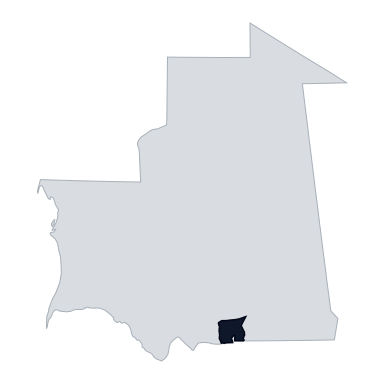 Koubenni, Hodh el Gharbi, Mauritania (highlighted)
{"feature_id": "47542326B43555481021158", "entity_name": "Koubenni", "entity_type": "district", "adm_level": 2, "iso_a3": "MRT", "parent_name": "Mauritania", "parent_adm1": "Hodh el Gharbi", "projection": "albers", "projection_center": [-9.623, 15.9], "detail": "fine", "context": "in_parent", "style": "filled", "palette": "ink", "viewbox_px": 384, "rotation_deg": 0, "n_neighbors": 0, "source": "geoboundaries", "source_scale": "gbopen_adm2", "svg_char_len": 4220}
<svg xmlns="http://www.w3.org/2000/svg" viewBox="0 0 384 384"><path d="M157.1,359.2L156.5,359.0L153.8,357.0L152.5,354.6L150.3,352.8L147.3,351.6L145.3,350.3L144.4,348.7L143.3,347.7L142.1,347.2L142.0,346.7L142.3,345.9L142.1,344.5L140.3,341.5L138.7,340.0L137.3,340.2L136.5,339.8L136.0,339.2L135.8,338.2L134.9,337.3L133.2,336.9L131.9,334.6L130.9,330.4L129.7,327.1L128.1,324.8L127.0,323.9L126.1,323.7L125.8,323.4L125.6,322.7L124.3,322.4L122.6,323.1L121.0,322.8L120.2,321.7L119.1,321.5L117.7,322.5L116.2,322.2L114.5,320.6L113.6,319.1L113.5,317.7L110.7,314.7L105.2,310.2L99.2,308.0L92.6,308.1L88.9,307.8L88.1,307.1L87.3,307.1L86.5,307.9L85.6,308.1L84.7,307.6L84.1,307.9L83.9,309.0L81.5,309.5L77.1,309.4L73.5,310.0L70.8,311.3L66.9,311.8L62.0,311.4L59.0,310.9L58.0,310.0L56.6,309.8L54.7,310.2L53.0,312.3L51.4,316.1L50.2,318.3L49.2,318.8L48.1,321.7L47.3,326.6L46.4,328.7L46.8,316.5L48.4,312.0L49.0,308.1L52.3,299.3L56.1,292.2L59.7,282.8L61.3,273.5L61.1,264.4L60.4,256.3L58.9,250.9L57.5,243.2L55.3,239.0L51.0,235.3L50.1,233.2L51.1,232.4L53.8,232.0L55.6,229.3L52.0,230.2L56.4,221.9L57.9,216.1L57.8,212.3L58.6,210.0L55.6,204.8L53.4,198.3L52.2,197.3L50.9,196.7L50.7,198.2L50.0,199.5L48.5,198.7L45.9,193.9L42.4,186.2L41.2,185.4L40.0,186.4L39.3,187.4L37.8,193.7L37.5,191.1L38.1,188.2L39.2,184.6L40.4,179.6L43.7,179.7L49.5,179.9L61.1,180.3L67.0,180.4L78.6,180.8L84.4,180.9L96.1,181.2L101.9,181.3L113.5,181.6L119.4,181.7L131.0,181.9L136.8,182.0L140.7,182.0L140.5,178.5L140.4,175.6L140.2,171.8L140.0,168.0L139.8,164.2L139.7,160.6L139.5,157.0L139.4,153.7L139.2,150.7L138.9,148.9L137.7,145.4L137.5,143.7L137.9,141.9L138.7,140.2L141.0,137.1L144.5,134.8L148.5,132.0L151.5,130.0L153.0,129.5L157.7,128.8L161.4,127.2L165.0,125.7L166.6,124.9L166.8,122.0L167.5,57.1L185.1,57.3L189.7,57.3L222.0,57.5L226.7,57.5L250.2,57.4L250.2,54.4L250.2,50.0L250.1,44.0L250.1,38.0L250.0,27.5L250.0,23.0L254.7,26.0L264.0,31.8L268.6,34.7L278.0,40.5L287.3,46.3L296.7,52.1L301.4,55.0L306.1,57.8L310.8,60.7L315.6,63.6L325.0,69.3L329.0,71.7L335.1,75.6L340.8,79.2L346.5,82.8L337.8,83.0L326.1,83.3L318.2,83.4L310.0,83.6L302.4,83.7L303.1,89.8L303.9,96.4L304.7,103.1L305.5,109.8L306.4,116.4L308.8,136.5L309.6,143.2L310.5,149.8L311.3,156.5L312.1,163.2L313.8,176.6L314.6,183.3L315.4,190.0L316.3,196.7L317.1,203.5L318.0,210.2L319.6,223.6L320.5,230.3L321.3,237.1L322.2,243.8L323.0,250.5L323.9,257.2L324.8,264.0L325.6,270.7L327.3,284.1L328.2,290.9L329.1,297.6L329.9,304.3L330.8,310.9L333.9,314.2L337.9,318.5L336.9,324.6L335.7,331.9L334.4,339.9L323.5,340.1L312.8,340.3L286.2,340.6L280.8,340.7L254.2,340.9L248.8,340.9L238.5,341.0L235.5,340.8L234.4,340.2L234.0,336.0L233.1,336.3L232.0,337.5L231.4,338.8L231.6,340.5L231.5,342.0L228.0,342.6L223.4,343.5L218.5,344.3L213.6,344.0L211.9,343.7L210.1,343.1L206.2,342.5L204.1,342.5L201.6,342.6L198.8,342.9L197.8,343.6L195.6,346.7L193.5,350.3L192.1,350.2L190.6,348.3L186.4,344.6L181.3,339.7L179.0,337.3L177.7,336.9L175.3,338.6L173.2,340.3L170.9,342.6L169.9,344.8L169.1,347.5L168.7,350.6L167.9,354.3L166.1,357.2L163.9,359.4L162.3,360.4L161.7,361.0L157.1,359.2ZM54.0,224.0L52.3,226.6L51.6,225.5L51.4,223.8L52.9,221.4L53.6,220.1L54.9,219.7L54.0,224.0Z" fill="#d9dde1" stroke="#a8b0b8" stroke-width="1"/><path d="M245.8,316.6L244.7,316.9L243.3,317.5L240.7,318.4L239.2,318.9L234.6,319.7L232.2,319.9L230.1,320.1L226.4,320.6L224.0,320.6L221.6,320.7L218.6,322.6L218.4,323.3L218.6,324.0L218.7,324.8L219.3,326.0L219.3,326.5L219.4,327.3L219.4,327.9L219.4,328.5L219.2,328.8L219.3,328.9L219.3,329.0L219.4,329.5L219.3,329.8L219.2,329.9L219.3,330.0L219.4,330.5L219.1,331.1L219.0,331.4L219.4,332.0L219.5,332.4L219.4,333.4L219.6,335.3L219.6,335.8L219.5,336.1L219.4,336.3L219.4,336.5L219.5,336.9L219.5,337.1L219.4,337.5L219.4,337.8L219.4,338.0L219.3,338.3L219.5,339.0L219.6,339.3L220.0,340.0L220.4,340.4L220.4,340.5L221.1,342.7L220.9,342.6L221.5,343.3L222.5,342.7L223.3,342.7L223.8,343.3L224.2,343.4L225.2,342.9L225.6,342.9L226.0,342.9L226.5,342.8L232.7,342.6L231.5,338.0L233.5,335.8L234.1,335.3L235.0,335.8L234.5,340.8L243.5,340.8L244.1,340.0L244.1,339.9L242.8,338.5L243.7,337.3L244.2,335.8L244.7,334.7L244.3,333.7L244.5,332.5L244.5,332.4L243.9,331.2L242.1,327.5L241.2,325.6L242.4,323.1L245.8,316.6Z" fill="#0f172a" stroke="#020617" stroke-width="1.5"/></svg>